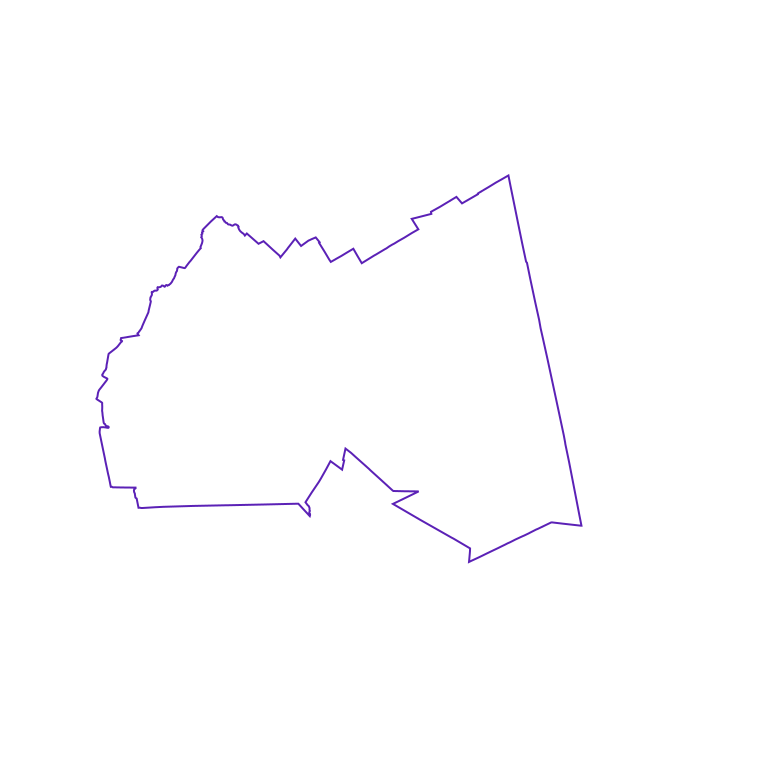 the district of Thoi Lai, Hau Giang, Vietnam, rotated 215°
{"feature_id": "81297802B52248438909521", "entity_name": "Thoi Lai", "entity_type": "district", "adm_level": 2, "iso_a3": "VNM", "parent_name": "Vietnam", "parent_adm1": "Hau Giang", "projection": "orthographic", "projection_center": [105.583, 10.024], "detail": "fine", "context": "isolated", "style": "outline", "palette": "violet", "viewbox_px": 768, "rotation_deg": 215, "n_neighbors": 0, "source": "geoboundaries", "source_scale": "gbopen_adm2", "svg_char_len": 6106}
<svg xmlns="http://www.w3.org/2000/svg" viewBox="0 0 768 768"><g transform="rotate(215 384 384)"><path d="M524.0,464.9L526.5,460.9L527.5,459.1L528.1,458.2L531.1,449.5L540.1,452.2L540.6,442.2L540.7,440.7L540.7,438.5L541.0,434.9L541.5,428.3L543.2,429.2L551.8,430.2L561.5,431.5L564.6,431.9L567.2,426.9L582.7,428.6L582.9,427.3L583.1,425.8L583.6,426.0L584.5,426.3L585.4,426.5L586.6,426.5L587.3,426.5L588.2,426.6L589.0,426.7L589.6,426.8L590.4,427.1L591.4,427.5L592.8,428.4L593.4,428.9L593.4,429.0L593.3,429.4L593.5,429.5L593.9,429.7L594.2,429.8L594.4,430.0L594.5,430.0L594.7,429.9L594.9,429.8L595.1,429.8L595.4,429.9L596.0,429.9L596.7,429.8L597.1,429.7L597.4,429.4L597.8,429.1L598.1,428.5L598.6,427.2L598.9,426.8L599.3,426.6L600.0,426.4L600.7,426.3L601.2,426.3L601.6,426.2L602.0,426.0L602.7,425.6L602.9,425.5L603.1,425.4L603.6,425.4L604.6,425.7L605.1,425.8L605.3,425.7L605.7,425.5L606.0,425.4L606.3,425.4L606.6,425.5L607.3,425.8L607.6,425.9L607.9,425.9L608.1,425.7L608.6,426.0L608.9,426.2L609.3,426.3L609.9,426.4L610.5,426.7L611.4,427.5L611.9,427.7L612.2,427.7L612.8,427.5L613.3,427.1L614.1,426.4L614.5,426.1L615.3,425.7L615.9,425.5L616.4,425.5L617.3,425.6L619.0,417.9L620.8,407.5L620.9,406.2L620.8,405.7L620.5,405.5L620.1,405.4L619.7,405.4L619.7,404.9L620.0,404.4L620.1,403.9L619.8,403.5L619.2,403.1L619.0,402.9L619.1,402.4L619.2,401.9L619.2,401.5L618.4,401.0L618.0,400.5L617.9,400.1L617.9,399.4L617.3,399.2L616.6,398.9L615.8,398.3L615.0,397.5L614.4,396.4L613.8,394.8L613.1,391.8L612.9,390.9L612.5,390.5L612.0,390.2L612.3,387.8L612.6,383.9L613.1,373.9L613.3,372.4L613.5,367.6L613.5,365.2L613.7,364.7L614.1,364.4L617.0,363.3L619.2,362.4L619.4,361.9L619.6,360.6L619.5,359.8L619.0,359.1L618.7,358.4L618.4,357.6L618.4,356.2L617.9,354.7L617.3,353.5L617.0,351.7L616.6,350.0L616.7,349.0L616.6,347.9L616.3,346.1L616.4,344.2L616.5,343.4L616.7,342.9L616.9,342.2L616.9,341.8L617.4,341.3L617.6,340.7L617.7,340.4L618.2,340.4L618.8,340.4L619.2,340.0L619.4,339.3L619.3,338.5L619.4,338.0L619.6,337.8L620.1,337.8L621.1,337.9L621.7,337.6L622.3,337.4L622.4,337.1L622.5,336.2L622.6,335.6L623.0,335.0L624.0,334.0L624.5,333.7L624.9,333.5L624.9,333.2L624.8,332.8L624.4,332.4L623.8,331.8L623.5,331.6L623.5,331.0L623.6,330.5L624.1,329.8L624.8,329.4L625.4,328.9L625.7,328.4L625.9,327.4L626.1,326.9L626.5,326.7L626.9,326.4L627.0,326.2L626.9,325.9L626.7,325.6L626.1,325.1L625.7,324.6L625.3,323.8L625.1,323.3L625.1,322.8L625.1,322.4L624.9,321.7L625.0,321.4L624.9,320.9L624.7,320.5L623.9,319.0L623.4,318.5L622.9,318.3L622.3,317.8L621.9,316.8L620.7,313.8L619.0,309.4L618.5,308.4L618.1,307.5L616.4,298.6L615.3,293.2L614.6,290.5L614.6,289.8L614.6,287.9L614.6,287.2L614.7,286.4L614.6,285.6L614.6,285.1L614.9,284.5L615.0,284.2L614.9,283.9L613.0,283.2L625.7,270.8L625.6,270.6L625.1,269.2L624.9,268.9L624.6,268.8L624.1,268.9L623.6,269.0L623.2,268.9L623.1,268.5L623.2,268.1L623.5,267.1L623.5,266.7L623.5,266.4L623.7,262.5L623.9,261.0L624.1,260.0L624.7,258.0L626.8,251.1L626.8,250.6L626.5,249.9L624.4,245.4L623.2,242.9L622.4,241.0L621.3,239.0L620.8,238.3L620.7,238.0L620.7,237.5L620.4,237.1L620.2,236.4L620.2,235.8L620.4,234.4L620.4,232.8L620.2,231.8L620.1,231.2L620.2,230.2L619.9,229.7L619.5,229.3L619.1,229.2L618.3,229.2L617.5,229.2L614.0,229.7L613.6,229.6L613.4,229.2L613.3,227.9L613.7,219.0L613.9,215.9L613.8,214.9L613.2,212.7L612.5,211.3L611.6,209.5L611.3,208.7L611.2,207.7L611.1,206.9L610.8,206.8L609.8,206.8L604.8,207.0L604.1,206.9L603.8,206.6L603.5,206.1L603.1,205.5L602.0,204.1L600.9,202.5L600.2,201.4L599.5,200.3L598.5,199.3L596.3,196.7L595.8,196.2L594.1,194.4L591.5,191.6L590.7,191.1L590.0,191.0L589.4,191.1L588.9,190.8L588.4,190.5L587.8,190.3L587.2,190.4L585.9,190.9L585.4,191.0L584.8,190.8L584.6,190.4L584.7,190.0L585.4,189.5L587.0,188.8L589.1,187.7L590.8,186.4L591.5,185.7L591.4,185.1L590.8,184.0L589.6,181.8L588.6,180.5L576.6,169.2L570.0,163.0L568.3,161.3L566.5,159.6L562.2,155.6L558.9,152.5L557.9,151.6L556.3,150.2L552.7,146.8L549.3,143.5L548.8,143.1L548.1,143.7L547.2,143.7L546.8,143.9L539.5,148.8L528.1,156.6L527.7,156.1L528.2,154.5L527.9,153.6L527.5,153.0L526.6,152.1L525.2,151.3L525.0,151.0L523.1,149.0L522.5,148.4L522.1,148.3L521.4,148.3L520.9,148.3L514.1,141.8L513.1,142.6L511.9,143.1L510.7,143.9L500.9,151.7L494.2,156.9L470.2,174.8L443.1,194.6L441.0,196.1L413.0,216.6L386.9,235.8L385.5,236.8L369.0,233.2L369.2,233.8L369.4,234.3L369.9,234.9L370.2,235.2L371.0,235.5L371.4,235.7L371.6,236.1L371.8,236.6L371.8,237.1L372.0,237.6L372.5,237.9L372.9,238.2L373.2,238.8L373.5,239.2L374.0,239.8L374.9,240.4L375.9,240.9L376.4,240.9L376.8,240.9L377.5,241.1L380.5,242.1L381.0,253.9L381.0,254.5L381.2,266.5L381.5,270.6L382.5,280.8L383.6,290.1L373.4,289.9L369.2,289.8L372.8,298.6L374.0,298.3L378.5,309.0L371.5,308.7L365.9,308.0L347.2,305.8L346.8,305.7L346.2,305.6L345.5,305.5L344.0,305.3L332.0,303.8L315.8,301.7L315.0,301.7L306.0,307.7L294.0,315.9L299.9,305.2L307.9,290.9L276.5,293.5L240.7,296.9L238.4,297.2L229.5,297.9L219.2,298.7L217.7,296.4L216.4,294.2L215.2,292.1L213.3,288.8L212.3,287.0L211.0,289.3L207.8,294.8L206.7,296.7L204.7,300.3L202.5,304.3L200.2,308.4L198.9,310.7L196.4,315.1L195.1,317.5L192.6,322.0L191.4,324.3L190.0,326.6L188.5,329.4L187.3,331.7L184.4,336.7L183.1,338.9L182.4,340.0L179.8,344.6L179.1,346.0L175.8,352.2L175.0,353.4L167.7,366.4L167.0,367.0L157.7,372.0L141.4,380.9L141.0,381.2L141.1,381.3L148.6,388.5L164.1,403.5L187.7,426.3L201.0,438.8L202.1,440.0L207.3,445.1L225.0,461.6L242.1,477.5L264.5,498.3L280.1,512.6L287.8,519.6L293.7,525.5L306.9,537.6L324.7,554.2L336.4,565.3L337.5,565.6L338.1,566.0L351.4,578.4L366.3,592.5L380.6,606.1L394.2,619.0L401.7,626.2L404.3,620.6L407.9,613.1L409.7,608.9L411.4,605.0L414.5,598.2L416.4,593.9L415.9,593.4L419.3,586.1L423.7,576.7L432.0,578.8L439.7,561.4L443.1,554.4L444.3,552.0L442.8,550.5L453.1,538.5L456.0,535.2L444.6,530.4L447.8,523.6L451.3,515.5L454.3,509.2L456.1,505.0L457.2,502.9L458.6,499.8L459.8,496.5L460.6,494.9L462.8,490.0L464.9,485.3L465.7,483.7L471.5,470.2L478.8,473.5L486.7,477.2L489.9,470.1L492.4,464.4L495.2,458.6L495.4,458.1L497.6,453.5L500.2,454.5L508.6,458.3L516.8,461.8L518.2,462.4L518.0,463.2L524.0,464.9Z" fill="none" stroke="#5b21b6" stroke-width="2"/></g></svg>